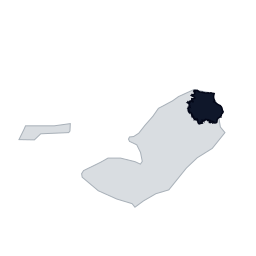 Jenin, West Bank, Palestine (highlighted), rotated 45°
{"feature_id": "87354302B37411468451868", "entity_name": "Jenin", "entity_type": "district", "adm_level": 2, "iso_a3": "PSE", "parent_name": "Palestine", "parent_adm1": "West Bank", "projection": "mercator", "projection_center": [35.215, 32.426], "detail": "fine", "context": "in_parent", "style": "filled", "palette": "ink", "viewbox_px": 256, "rotation_deg": 45, "n_neighbors": 0, "source": "geoboundaries", "source_scale": "gbopen_adm2", "svg_char_len": 5419}
<svg xmlns="http://www.w3.org/2000/svg" viewBox="0 0 256 256"><g transform="rotate(45 128 128)"><path d="M199.8,62.7L202.0,82.8L198.0,100.0L197.6,115.0L200.6,142.9L194.2,154.7L190.5,168.6L188.9,179.1L184.4,178.6L170.2,186.2L151.3,193.4L130.4,195.2L127.5,193.1L126.7,189.5L132.8,171.8L135.1,163.5L144.1,154.5L156.9,146.8L162.3,144.8L161.7,141.5L154.1,136.4L146.1,133.7L138.5,136.4L136.2,135.5L135.4,133.3L138.0,130.1L139.3,124.1L138.1,114.2L137.3,102.0L135.6,92.6L140.3,77.3L141.5,70.0L147.4,54.4L161.2,45.0L173.1,47.7L179.4,48.4L182.1,50.3L183.8,55.7L192.6,62.0L199.8,62.7ZM84.1,165.7L89.1,171.2L89.3,173.2L70.4,193.8L70.2,202.6L59.1,213.3L55.5,202.7L54.0,198.9L74.4,178.5L84.1,165.7Z" fill="#d9dde1" stroke="#a8b0b8" stroke-width="1"/><path d="M156.7,71.8L156.9,71.7L157.0,71.7L157.1,71.9L156.9,71.9L157.0,72.1L157.6,72.4L157.8,72.3L158.0,72.6L158.1,72.3L158.3,72.3L158.3,72.5L158.4,72.8L158.5,72.7L158.5,72.9L158.6,73.1L158.8,73.1L158.7,73.2L158.9,73.3L159.0,73.3L159.0,73.2L159.1,73.3L159.8,73.8L159.7,73.8L159.9,73.8L160.2,73.8L160.5,73.7L160.9,73.3L161.1,73.2L161.3,73.1L161.2,73.1L161.5,73.0L161.5,72.8L161.8,72.9L162.3,72.8L162.4,73.0L162.6,73.0L162.6,72.8L162.8,73.2L163.0,73.3L163.0,73.1L163.4,73.2L163.6,73.1L163.8,73.4L164.0,73.4L164.3,73.6L164.2,73.7L164.4,73.9L164.6,73.8L164.7,74.0L164.7,74.4L164.9,74.4L164.9,74.1L164.8,73.6L165.2,73.9L165.3,74.2L165.4,74.3L165.4,74.0L165.6,74.1L165.9,73.8L166.0,73.9L166.4,73.9L166.6,74.1L166.8,73.9L166.9,74.0L167.4,74.6L167.5,74.6L167.6,74.4L168.1,74.7L168.6,74.5L168.8,74.6L169.3,74.7L169.3,74.8L169.7,74.4L169.7,74.1L169.8,74.0L170.0,74.0L169.9,73.9L170.2,73.9L170.4,73.8L170.3,73.5L170.4,73.4L170.5,73.3L170.6,73.5L170.7,73.3L170.6,72.9L170.5,72.7L171.2,72.8L171.4,73.0L171.6,73.0L171.9,73.2L172.0,73.4L172.1,73.5L172.4,73.9L172.6,73.9L172.8,74.0L173.1,74.1L173.3,74.4L173.7,74.4L173.8,74.6L174.1,74.6L174.3,74.8L174.6,74.9L175.3,74.8L175.3,74.6L175.6,74.4L175.8,73.3L175.7,73.0L176.2,73.4L176.6,72.7L176.9,72.3L176.6,72.2L176.8,71.9L176.6,71.9L176.4,71.6L176.1,71.5L175.7,70.8L175.4,70.4L175.5,70.2L176.0,70.3L176.0,70.0L176.1,69.9L175.5,69.8L175.8,69.6L176.1,69.5L176.7,69.5L176.5,69.3L176.6,68.9L176.6,68.6L176.8,68.4L176.9,68.2L176.4,68.1L176.7,67.0L177.0,66.9L177.6,66.4L178.1,66.3L178.9,66.5L179.4,66.1L179.4,65.9L179.2,65.7L180.1,65.6L179.8,65.2L180.2,65.2L180.2,65.3L180.3,65.3L180.3,65.1L180.2,65.0L180.2,64.9L180.9,64.5L180.9,65.1L181.1,65.3L181.3,65.7L181.5,65.8L181.4,65.9L181.1,65.9L181.1,66.0L181.3,66.2L181.6,66.5L182.2,65.9L182.4,66.0L182.8,65.3L182.9,65.1L182.9,64.1L182.7,63.9L182.7,63.7L183.0,63.6L183.3,63.8L183.5,63.8L183.5,63.7L183.8,63.8L184.1,64.0L184.5,64.5L184.6,64.4L184.6,64.1L184.6,63.5L184.4,63.0L184.7,63.0L185.6,63.2L185.6,63.3L185.5,63.6L185.9,63.0L186.6,62.0L186.6,61.6L186.3,61.3L186.1,60.8L186.4,60.6L185.5,59.9L185.4,59.5L185.5,59.5L185.5,59.4L185.3,59.3L185.2,58.9L185.4,58.8L185.1,58.8L184.8,57.8L184.8,57.3L185.3,54.9L185.6,54.8L185.7,54.7L185.8,54.6L185.6,54.5L185.5,54.2L185.3,54.0L185.2,53.5L185.2,53.3L185.0,53.1L184.9,52.9L184.7,52.7L184.4,52.0L184.2,51.5L184.2,51.1L184.3,50.8L184.1,50.5L184.2,50.2L184.0,49.6L183.8,49.2L183.7,49.2L183.2,49.1L182.4,48.7L181.9,48.7L181.7,48.6L181.6,48.3L181.3,48.1L180.8,47.8L180.4,47.5L179.8,47.3L178.8,47.0L178.4,47.0L178.1,47.1L177.5,46.9L177.2,47.0L176.2,47.4L174.9,47.8L173.9,48.0L173.4,48.1L172.2,48.2L171.6,48.1L171.2,48.2L170.1,48.8L170.1,48.5L170.0,48.4L170.1,48.1L170.1,47.9L170.1,47.6L167.6,46.4L165.9,44.8L164.6,42.7L163.7,43.3L163.7,43.5L163.2,43.8L162.5,44.1L162.0,44.4L161.8,44.4L161.7,44.5L161.5,44.9L161.4,45.3L160.8,45.9L160.5,46.4L160.4,46.4L160.1,46.3L159.9,46.3L159.5,46.7L159.4,47.0L159.2,47.2L159.1,47.4L158.8,47.6L158.7,47.8L158.1,48.3L157.7,48.9L157.1,49.0L156.0,49.9L155.4,49.9L155.2,50.1L155.5,50.2L154.0,51.2L153.9,51.4L154.0,51.4L153.2,51.8L152.6,52.0L151.9,52.5L151.7,52.3L151.4,52.2L151.0,52.2L150.3,52.4L150.1,52.6L150.1,52.8L149.6,53.3L149.2,53.5L148.7,54.1L148.5,54.3L148.2,54.8L148.3,55.0L148.4,54.7L148.8,54.9L149.2,54.8L149.3,54.7L149.5,55.1L150.0,55.0L150.0,55.3L150.1,55.6L149.9,55.7L149.8,55.9L150.1,56.0L150.3,55.9L150.6,56.1L150.8,56.3L151.1,57.0L150.9,57.6L150.9,57.9L150.8,58.0L150.6,58.4L150.7,58.5L150.6,59.0L150.3,59.0L150.1,58.8L150.0,59.1L150.1,59.4L150.0,59.6L149.7,59.7L149.7,60.2L150.0,60.1L149.9,60.0L150.1,59.9L150.0,59.7L150.9,60.0L151.6,59.6L153.3,59.3L153.4,59.2L154.0,59.4L154.0,59.5L153.8,59.6L154.1,60.1L153.9,60.9L153.3,61.2L152.9,61.8L153.0,62.1L152.5,62.3L152.7,62.5L152.8,62.4L152.9,62.5L153.1,62.5L153.2,62.9L153.5,63.3L153.7,63.2L153.8,63.2L154.0,63.2L155.0,63.1L155.3,63.1L155.4,63.3L155.5,63.4L155.5,63.6L155.4,63.7L154.5,63.6L154.3,63.7L153.9,64.2L153.6,64.7L153.1,64.8L153.2,65.0L153.0,64.9L152.9,64.9L152.8,65.1L152.8,65.3L153.0,65.3L153.0,65.5L153.1,65.8L153.3,65.8L153.4,66.2L153.5,66.2L153.5,66.4L153.4,66.4L153.5,66.5L153.8,66.4L153.7,66.5L153.5,66.8L153.3,66.8L153.1,66.9L153.0,67.0L152.8,67.0L153.0,67.4L152.8,67.2L152.7,67.3L152.5,67.5L152.2,67.5L152.3,67.6L152.1,68.1L152.5,68.0L152.7,67.7L152.8,67.6L152.9,67.8L153.1,67.8L153.2,67.4L153.4,67.3L153.6,67.5L153.9,67.4L154.1,67.4L154.3,67.8L154.6,68.2L155.6,68.4L155.5,68.9L155.4,68.9L155.5,69.0L156.3,69.4L156.5,69.2L157.0,69.4L156.7,69.5L156.5,69.9L156.4,70.0L156.1,70.0L156.1,70.3L156.3,70.4L156.3,70.5L156.5,70.6L156.6,70.9L156.4,71.0L156.6,71.1L156.8,71.2L156.9,71.4L156.7,71.6L156.7,71.8Z" fill="#0f172a" stroke="#020617" stroke-width="1.5"/></g></svg>